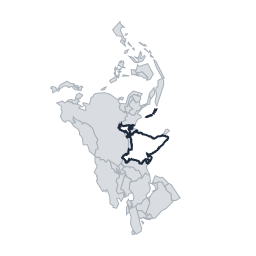 India highlighted on a map of Asia, rotated 243°
{"feature_id": "IND", "entity_name": "India", "entity_type": "country or territory", "adm_level": 0, "iso_a3": "IND", "parent_name": "Asia", "parent_adm1": "", "projection": "albers", "projection_center": [83.514, 21.122], "detail": "fine", "context": "in_parent", "style": "outline", "palette": "slate", "viewbox_px": 256, "rotation_deg": 243, "n_neighbors": 45, "source": "natural_earth", "source_scale": "50m", "svg_char_len": 17442}
<svg xmlns="http://www.w3.org/2000/svg" viewBox="0 0 256 256"><g transform="rotate(243 128 128)"><path d="M117.9,85.9L115.7,87.1L114.9,89.5L112.2,89.0L111.1,91.9L107.6,92.9L108.8,95.9L107.9,97.3L99.3,95.3L98.1,96.6L94.8,96.0L90.9,99.2L88.1,98.1L87.6,94.9L86.0,93.4L81.9,93.3L77.4,89.1L73.7,89.5L72.7,95.7L70.3,93.5L67.8,94.0L68.2,92.3L65.7,88.6L69.7,88.3L70.2,85.7L64.7,85.4L61.8,81.4L64.0,78.5L65.1,79.7L68.6,77.6L74.9,80.5L82.5,81.4L83.0,80.7L81.0,79.3L83.5,78.1L82.7,77.0L83.3,76.5L93.6,75.7L95.9,76.2L96.2,77.7L99.3,78.1L99.2,78.9L103.8,77.7L107.9,83.3L112.4,83.0L117.9,85.9Z" fill="#d9dde1" stroke="#a8b0b8" stroke-width="1"/><path d="M72.7,95.7L73.7,89.5L77.4,89.1L81.9,93.3L86.0,93.4L87.6,94.9L88.1,98.1L90.3,99.2L94.5,96.8L93.6,98.0L97.3,99.4L95.4,100.5L93.7,100.2L93.9,99.0L91.9,99.2L90.5,101.2L89.3,101.0L90.1,103.6L89.1,105.3L76.9,93.9L74.3,95.9L72.7,95.7Z" fill="#d9dde1" stroke="#a8b0b8" stroke-width="1"/><path d="M222.5,158.9L226.4,169.2L224.2,168.5L219.5,170.4L220.9,168.0L218.4,165.5L209.4,165.2L208.5,166.5L205.9,165.0L208.8,163.0L206.1,163.8L202.3,162.7L208.6,160.4L210.4,163.4L212.7,163.8L215.4,159.8L222.5,158.9ZM195.3,178.6L194.8,180.9L192.9,181.5L193.6,179.8L195.3,178.6ZM212.2,170.2L211.6,169.1L212.0,167.7L212.8,168.8L212.2,170.2ZM176.7,160.1L176.0,161.9L180.0,165.2L177.8,165.9L176.4,174.7L164.6,175.0L161.2,169.7L162.1,166.7L164.1,168.6L170.2,166.7L171.6,166.0L172.9,160.6L176.7,160.1ZM198.5,168.2L203.2,166.3L204.3,167.3L198.5,168.2ZM196.8,169.4L195.4,169.4L194.8,168.8L196.7,168.2L196.8,169.4ZM196.0,158.9L197.9,160.2L197.7,163.9L195.5,161.1L196.0,158.9ZM183.4,163.7L191.4,161.5L189.0,164.2L182.5,165.8L182.5,167.2L184.5,168.3L188.7,165.9L185.8,168.9L190.4,173.8L188.6,174.1L189.2,172.6L186.8,173.3L185.1,170.3L183.9,171.1L185.2,175.4L184.0,175.9L181.0,171.6L181.8,166.1L183.4,163.7ZM187.5,182.4L183.8,182.6L185.6,181.8L187.5,182.4ZM185.4,180.9L189.4,179.4L191.0,178.4L190.9,179.3L185.4,180.9ZM181.2,180.7L183.8,181.1L179.2,182.7L181.2,180.7ZM157.3,181.2L170.4,180.9L177.0,182.0L174.8,183.1L156.1,183.0L157.3,181.2ZM151.0,173.1L156.7,176.4L156.8,181.2L154.6,181.5L150.1,179.3L134.6,163.7L138.7,163.8L145.1,168.8L148.8,169.6L151.6,171.6L151.0,173.1Z" fill="#d9dde1" stroke="#a8b0b8" stroke-width="1"/><path d="M195.8,179.4L197.1,177.4L199.7,176.6L195.8,179.4Z" fill="#d9dde1" stroke="#a8b0b8" stroke-width="1"/><path d="M39.9,102.6L37.9,104.6L36.6,108.7L36.5,105.4L38.8,102.6L39.9,102.6Z" fill="#d9dde1" stroke="#a8b0b8" stroke-width="1"/><path d="M41.6,101.3L38.8,102.6L41.5,100.6L41.6,101.3Z" fill="#d9dde1" stroke="#a8b0b8" stroke-width="1"/><path d="M39.1,104.0L37.6,105.5L38.6,103.6L39.1,104.0Z" fill="#d9dde1" stroke="#a8b0b8" stroke-width="1"/><path d="M39.1,104.0L44.4,103.7L44.4,106.0L40.8,106.2L41.8,108.4L38.1,109.8L36.6,108.7L39.1,104.0Z" fill="#d9dde1" stroke="#a8b0b8" stroke-width="1"/><path d="M60.3,124.8L64.2,125.8L68.3,123.5L65.3,129.1L60.5,127.2L60.3,124.8Z" fill="#d9dde1" stroke="#a8b0b8" stroke-width="1"/><path d="M59.2,123.6L59.4,122.3L60.5,121.3L60.7,123.0L59.2,123.6Z" fill="#d9dde1" stroke="#a8b0b8" stroke-width="1"/><path d="M55.8,112.8L56.9,115.9L54.2,114.3L55.8,112.8Z" fill="#d9dde1" stroke="#a8b0b8" stroke-width="1"/><path d="M44.4,106.0L44.4,103.7L48.2,102.8L49.5,99.5L52.1,98.3L54.9,99.4L56.2,102.5L54.5,105.2L56.8,108.6L57.7,113.5L51.4,113.5L44.4,106.0Z" fill="#d9dde1" stroke="#a8b0b8" stroke-width="1"/><path d="M65.7,128.7L68.3,125.0L73.1,130.7L69.2,134.0L68.6,136.3L60.1,139.1L59.1,134.5L64.4,133.6L66.2,130.2L65.7,128.7ZM68.9,122.5L68.1,122.9L68.7,122.3L68.9,122.5Z" fill="#d9dde1" stroke="#a8b0b8" stroke-width="1"/><path d="M146.6,150.3L146.9,146.5L152.3,146.4L153.0,145.1L155.2,146.7L155.3,148.9L152.5,150.7L153.5,151.7L148.6,153.0L146.6,150.3Z" fill="#d9dde1" stroke="#a8b0b8" stroke-width="1"/><path d="M150.8,145.9L146.9,146.5L146.6,150.3L142.0,148.6L141.2,156.3L147.1,161.2L145.4,162.3L139.4,158.1L141.4,151.4L138.3,145.8L139.4,143.7L136.4,139.8L137.7,137.3L140.7,135.7L142.9,137.2L142.9,140.9L146.4,139.0L149.2,140.3L151.1,143.5L150.8,145.9Z" fill="#d9dde1" stroke="#a8b0b8" stroke-width="1"/><path d="M154.6,145.5L150.8,145.9L151.1,143.5L147.7,138.9L142.9,140.9L142.9,137.2L140.7,135.7L143.4,134.0L142.9,131.9L145.8,134.4L147.9,134.2L148.7,135.7L147.3,137.1L154.0,142.4L154.6,145.5Z" fill="#d9dde1" stroke="#a8b0b8" stroke-width="1"/><path d="M140.7,135.7L137.7,137.3L136.4,139.8L139.4,143.7L138.3,145.8L141.4,151.4L139.9,155.2L139.2,149.4L136.3,142.6L133.3,145.1L131.2,144.6L131.2,140.6L127.4,134.7L131.5,125.0L134.6,123.8L134.7,121.6L137.0,122.8L135.9,129.6L137.6,129.2L139.2,131.1L138.9,132.7L142.1,132.8L140.7,135.7Z" fill="#d9dde1" stroke="#a8b0b8" stroke-width="1"/><path d="M150.2,153.0L153.5,151.7L152.5,150.7L155.3,148.9L154.6,143.6L147.3,137.1L148.7,135.7L147.9,134.2L145.8,134.4L143.7,131.5L148.7,129.2L153.7,131.9L150.4,137.0L156.9,143.2L158.5,149.6L152.1,156.2L150.2,153.0Z" fill="#d9dde1" stroke="#a8b0b8" stroke-width="1"/><path d="M179.8,87.3L179.3,90.2L176.7,93.0L178.4,95.1L173.5,96.9L173.9,94.5L172.0,94.0L172.9,92.6L174.8,89.8L176.9,89.9L176.4,89.1L178.6,86.6L179.8,87.3Z" fill="#d9dde1" stroke="#a8b0b8" stroke-width="1"/><path d="M175.7,97.0L178.5,94.6L181.0,97.3L181.3,100.4L177.8,102.6L176.1,98.7L177.1,98.1L175.7,97.0Z" fill="#d9dde1" stroke="#a8b0b8" stroke-width="1"/><path d="M118.5,85.7L124.5,83.1L131.5,84.3L133.3,80.5L140.1,82.8L144.4,81.9L146.8,83.2L149.8,82.9L154.5,80.3L157.7,80.2L157.2,83.9L160.2,82.7L162.9,83.8L154.9,89.2L152.6,89.1L152.1,90.3L153.0,91.4L151.2,93.2L143.7,96.5L137.6,95.4L131.1,95.9L129.4,93.5L123.1,92.1L123.1,89.5L118.5,85.7Z" fill="#d9dde1" stroke="#a8b0b8" stroke-width="1"/><path d="M126.9,130.8L127.6,136.2L125.8,132.4L124.3,132.4L124.0,134.2L121.9,133.9L120.1,129.4L121.5,128.0L120.3,127.1L120.8,125.8L123.1,127.9L127.2,128.2L125.3,131.1L126.3,132.0L126.9,130.8Z" fill="#d9dde1" stroke="#a8b0b8" stroke-width="1"/><path d="M125.8,123.1L126.4,124.8L121.2,124.6L123.0,122.3L125.8,123.1Z" fill="#d9dde1" stroke="#a8b0b8" stroke-width="1"/><path d="M120.0,123.2L120.0,125.9L118.7,125.9L107.2,121.5L109.5,118.6L116.3,122.6L120.0,123.2Z" fill="#d9dde1" stroke="#a8b0b8" stroke-width="1"/><path d="M104.0,109.2L102.5,110.7L97.6,111.0L99.8,114.9L93.8,122.5L91.9,122.2L90.0,124.0L92.1,129.0L87.3,129.8L84.6,126.3L76.6,126.0L77.5,123.9L80.0,123.3L76.8,117.2L79.4,118.5L85.5,118.1L86.7,115.6L90.5,114.9L95.0,106.9L100.1,106.1L101.5,108.4L104.0,109.2Z" fill="#d9dde1" stroke="#a8b0b8" stroke-width="1"/><path d="M84.5,104.8L91.1,105.5L93.7,103.3L95.0,106.5L97.3,105.3L100.1,106.1L94.1,107.6L94.5,109.3L93.2,111.3L91.8,111.2L92.3,112.4L90.5,114.9L86.7,115.6L85.5,118.1L79.4,118.5L76.8,117.2L78.5,115.7L77.1,111.4L78.8,106.8L81.4,107.6L84.5,104.8Z" fill="#d9dde1" stroke="#a8b0b8" stroke-width="1"/><path d="M89.1,105.3L90.1,103.6L89.3,101.0L93.9,99.0L94.3,100.2L91.9,101.3L98.1,101.9L99.8,105.6L95.0,106.5L93.7,103.3L91.1,105.5L89.1,105.3Z" fill="#d9dde1" stroke="#a8b0b8" stroke-width="1"/><path d="M94.5,96.8L98.1,96.6L99.3,95.3L107.9,97.3L98.1,101.9L91.9,101.3L92.1,100.3L97.3,99.4L93.6,98.0L94.5,96.8Z" fill="#d9dde1" stroke="#a8b0b8" stroke-width="1"/><path d="M67.8,94.0L70.3,93.5L71.9,95.6L74.3,95.9L76.9,93.9L87.3,103.6L87.2,104.7L86.1,104.0L80.3,107.6L78.8,106.8L78.9,105.2L73.7,101.7L68.4,102.3L68.9,99.2L67.5,97.0L68.1,95.6L70.8,96.0L69.7,93.7L68.1,95.2L67.8,94.0Z" fill="#d9dde1" stroke="#a8b0b8" stroke-width="1"/><path d="M57.7,113.5L56.8,108.6L54.5,105.2L56.2,102.5L54.5,97.8L54.9,95.3L57.6,97.2L60.7,96.4L61.6,100.2L63.7,101.9L68.2,102.6L72.7,101.3L78.9,105.2L77.1,111.4L78.5,115.7L76.8,117.2L80.0,123.3L77.5,123.9L76.6,126.0L70.2,123.8L69.9,121.4L64.3,120.7L61.5,118.2L60.2,113.6L57.7,113.5Z" fill="#d9dde1" stroke="#a8b0b8" stroke-width="1"/><path d="M39.5,103.5L41.6,101.3L41.2,98.9L43.1,96.9L51.4,98.4L49.5,99.5L48.2,102.8L40.9,104.7L39.5,103.5Z" fill="#d9dde1" stroke="#a8b0b8" stroke-width="1"/><path d="M58.1,97.3L54.7,93.7L54.9,92.3L57.6,93.5L58.1,97.3Z" fill="#d9dde1" stroke="#a8b0b8" stroke-width="1"/><path d="M54.9,99.4L43.1,96.9L41.7,98.3L42.2,96.9L40.2,96.0L32.6,94.7L30.0,92.8L29.6,87.4L34.9,86.1L41.3,86.7L47.5,90.5L53.8,91.1L56.0,95.1L54.9,95.3L54.9,99.4ZM31.0,83.5L33.7,84.2L34.6,85.8L30.3,86.4L31.0,83.5Z" fill="#d9dde1" stroke="#a8b0b8" stroke-width="1"/><path d="M109.4,160.8L109.1,162.7L106.7,163.6L105.6,159.5L106.5,156.6L109.4,160.8Z" fill="#d9dde1" stroke="#a8b0b8" stroke-width="1"/><path d="M157.1,137.7L155.3,135.7L158.7,133.8L158.4,136.5L157.1,137.7ZM98.1,101.9L108.8,95.9L107.6,92.9L111.1,91.9L112.2,89.0L114.9,89.5L115.7,87.1L118.5,85.7L123.1,89.5L123.1,92.1L129.4,93.5L131.1,95.9L137.6,95.4L143.7,96.5L149.6,94.1L153.0,91.4L152.1,90.3L152.6,89.1L154.9,89.2L159.8,85.1L162.9,84.4L160.2,82.7L156.7,83.3L157.7,80.2L161.1,79.1L162.4,75.9L161.4,74.9L163.9,73.2L168.9,72.9L172.4,76.8L174.8,76.7L177.7,78.6L182.7,75.8L181.8,81.9L179.1,83.0L179.8,87.3L178.6,86.6L176.4,89.1L176.9,89.9L174.8,89.8L172.0,94.0L167.8,96.9L168.8,93.9L167.8,93.2L162.8,98.3L166.6,100.3L167.9,98.7L170.3,98.9L170.8,99.7L166.6,104.4L172.1,109.2L171.6,111.2L173.2,112.4L173.3,115.4L170.0,123.2L166.2,127.3L158.3,131.4L158.0,133.5L157.1,133.7L156.8,131.7L152.0,131.6L151.2,129.9L148.7,129.2L142.9,131.9L143.4,134.0L138.9,132.7L139.2,131.1L137.6,129.2L135.9,129.6L137.0,122.8L135.7,121.4L133.0,121.5L132.6,119.6L127.1,122.8L123.0,122.3L121.2,124.2L121.0,122.8L116.3,122.6L105.1,116.5L105.6,111.4L101.5,108.4L98.1,101.9Z" fill="#d9dde1" stroke="#a8b0b8" stroke-width="1"/><path d="M174.2,120.8L174.8,125.4L174.5,127.1L172.8,124.4L174.2,120.8Z" fill="#d9dde1" stroke="#a8b0b8" stroke-width="1"/><path d="M59.2,92.0L60.9,93.6L62.3,92.8L64.3,96.0L63.1,95.8L61.4,98.8L60.7,96.4L58.1,97.3L57.3,95.0L56.9,92.5L59.0,93.4L59.2,92.0ZM57.6,97.2L56.7,96.7L56.0,95.1L57.3,95.8L57.6,97.2Z" fill="#d9dde1" stroke="#a8b0b8" stroke-width="1"/><path d="M50.9,87.1L58.1,90.6L59.3,93.2L52.2,90.8L52.6,88.9L50.9,87.1Z" fill="#d9dde1" stroke="#a8b0b8" stroke-width="1"/><path d="M179.5,144.4L177.3,142.6L179.6,142.8L179.5,144.4ZM183.9,149.4L183.0,146.1L184.0,147.0L184.8,145.0L183.9,149.4ZM187.8,147.0L191.0,150.9L190.9,152.7L189.7,151.1L189.1,152.2L189.8,154.3L187.4,153.8L185.5,151.2L182.8,153.0L184.9,149.7L188.3,148.3L187.8,147.0ZM177.4,148.0L173.8,152.9L176.8,146.6L177.4,148.0ZM178.7,133.2L179.4,140.4L183.4,140.5L184.2,142.6L181.8,141.3L177.7,141.7L178.0,140.4L175.8,139.2L175.9,133.3L178.7,133.2ZM181.6,147.3L180.7,144.7L183.0,144.8L181.6,147.3ZM186.9,142.7L187.9,144.5L186.4,144.4L186.6,146.6L184.6,142.5L186.9,142.7Z" fill="#d9dde1" stroke="#a8b0b8" stroke-width="1"/><path d="M143.3,161.2L148.8,162.3L152.1,169.4L146.4,167.5L143.3,161.2ZM176.7,160.1L172.9,160.6L171.6,166.0L164.1,168.6L162.6,167.8L162.1,166.7L165.0,166.5L165.1,164.9L168.0,163.7L169.8,160.8L172.0,160.7L173.6,155.6L178.6,157.3L176.7,160.1Z" fill="#d9dde1" stroke="#a8b0b8" stroke-width="1"/><path d="M171.8,158.7L172.0,160.7L170.8,161.5L169.8,160.8L171.8,158.7Z" fill="#d9dde1" stroke="#a8b0b8" stroke-width="1"/><path d="M197.2,87.3L197.4,94.9L193.4,97.4L192.0,100.1L190.3,98.5L184.7,101.6L186.6,102.4L186.5,105.7L184.8,106.2L184.7,104.6L182.6,103.3L186.2,98.2L190.6,96.6L191.1,93.1L192.3,93.6L194.4,90.2L193.8,84.9L195.1,84.0L197.2,87.3ZM197.9,78.2L198.6,77.2L199.6,78.8L197.2,82.1L194.7,81.8L194.6,83.8L193.1,84.4L192.3,82.9L193.9,80.8L193.4,77.1L197.9,78.2ZM186.9,101.7L188.7,99.4L190.3,100.0L188.3,102.7L186.9,101.7Z" fill="#d9dde1" stroke="#a8b0b8" stroke-width="1"/><path d="M59.1,134.5L60.1,139.1L58.1,140.7L42.0,142.7L41.7,137.7L44.0,133.8L49.9,136.4L54.1,134.2L59.1,134.5Z" fill="#d9dde1" stroke="#a8b0b8" stroke-width="1"/><path d="M36.5,109.0L40.7,109.0L41.8,108.4L40.8,106.2L44.4,106.0L51.4,113.5L55.6,114.8L58.9,119.9L60.5,127.2L65.7,128.7L66.2,130.2L64.4,133.6L54.1,134.2L49.9,136.4L44.0,133.8L42.5,135.8L38.9,125.3L39.0,120.7L35.3,111.1L36.5,109.0Z" fill="#d9dde1" stroke="#a8b0b8" stroke-width="1"/><path d="M39.4,97.9L36.5,99.0L35.7,97.8L39.4,97.9Z" fill="#d9dde1" stroke="#a8b0b8" stroke-width="1"/><path d="M87.3,129.5L87.6,129.4L88.2,129.4L88.3,128.8L89.6,129.0L90.0,129.2L90.4,129.2L90.5,129.0L91.2,128.8L91.3,128.8L91.3,129.1L91.5,129.2L92.1,128.9L92.0,128.6L92.1,128.4L91.6,127.0L91.6,126.5L91.0,126.4L90.8,126.0L90.9,124.9L89.9,124.4L90.1,123.7L90.7,123.1L91.1,122.4L91.6,122.1L91.9,122.3L92.0,122.7L92.2,122.8L93.9,122.4L94.1,122.1L94.4,121.8L94.8,121.0L95.7,120.6L96.3,119.7L96.6,119.0L97.3,118.7L97.5,118.5L97.5,118.1L98.2,117.3L98.7,117.1L98.5,116.8L98.7,116.3L98.5,115.8L98.6,115.6L99.9,115.0L99.7,114.7L98.9,114.4L98.9,113.9L98.4,113.9L98.4,113.5L97.9,113.1L98.2,112.5L97.9,112.1L98.4,111.8L97.9,111.5L98.0,111.2L97.7,110.9L98.0,110.5L98.5,110.3L100.7,110.9L101.2,110.6L102.0,110.5L102.7,110.1L102.8,109.9L103.9,109.2L104.3,109.3L104.2,109.7L104.7,110.8L105.2,111.0L105.6,111.4L105.6,111.6L105.3,111.9L105.3,112.9L105.8,113.5L105.9,113.9L105.9,114.7L105.5,115.0L105.1,114.5L104.7,114.6L104.8,115.2L105.2,115.7L105.1,116.1L105.3,116.3L105.1,116.6L105.1,116.8L105.5,116.8L105.6,116.7L106.3,117.5L106.8,117.5L107.3,117.9L107.4,118.3L108.2,118.6L108.7,119.0L108.4,119.1L107.7,119.8L107.4,120.4L107.4,120.8L107.2,121.2L107.1,121.5L107.7,121.9L107.9,121.8L110.0,123.3L110.2,123.2L110.9,123.7L111.3,123.6L111.4,123.9L112.3,124.2L112.5,124.0L113.1,124.2L113.6,124.0L114.4,124.3L114.5,124.8L115.2,125.1L115.4,125.3L116.0,125.2L116.2,125.3L116.3,125.6L116.7,125.5L117.8,125.9L118.3,125.7L118.4,125.9L118.8,126.0L119.0,125.9L119.7,125.8L119.9,125.9L120.2,125.3L119.8,124.5L120.1,123.4L120.0,123.1L120.8,122.8L121.1,122.9L121.2,123.2L121.1,123.8L121.3,124.2L121.1,124.4L121.3,124.8L121.7,125.1L122.0,125.0L122.8,125.3L123.3,125.1L123.7,124.9L124.3,125.1L125.2,125.0L125.4,124.8L125.8,124.9L126.4,124.8L126.5,124.7L126.3,124.4L126.5,124.0L126.3,123.7L125.9,123.7L125.6,123.5L125.7,123.2L126.2,123.2L126.4,123.0L127.1,122.9L127.4,122.7L127.4,122.4L127.9,122.0L128.2,121.4L129.0,121.2L129.3,120.9L129.4,120.7L130.3,120.0L130.5,120.3L131.5,120.4L131.7,120.1L132.5,119.6L132.9,120.0L133.0,119.9L132.7,120.3L132.7,120.6L133.2,120.3L133.5,120.8L133.1,121.5L133.6,121.4L133.8,121.5L134.3,121.5L134.7,121.7L134.8,122.2L134.1,122.9L134.6,123.8L134.3,123.7L133.9,123.4L133.1,123.6L131.5,125.0L131.4,125.4L131.5,126.0L131.3,126.6L130.7,127.4L130.7,127.6L131.0,127.9L130.4,129.3L130.2,130.1L129.4,129.9L129.1,130.0L128.8,129.8L129.0,130.5L129.0,131.6L128.9,131.8L128.7,131.8L128.6,132.4L128.7,133.3L128.4,133.7L128.0,133.5L127.8,133.8L127.6,132.5L127.3,132.0L127.1,130.7L126.6,130.7L126.6,131.0L126.3,131.4L126.3,131.9L126.1,132.0L125.9,131.9L125.8,131.6L125.7,131.6L125.7,131.9L125.3,130.9L125.4,130.3L125.6,130.0L126.4,129.7L126.5,129.4L126.8,129.3L126.9,128.4L127.3,128.5L127.3,128.3L126.6,127.9L124.0,128.1L123.0,127.9L122.9,126.7L122.6,126.2L122.5,126.6L122.2,126.6L121.9,126.4L121.6,125.8L121.4,125.9L121.5,126.1L121.3,126.1L121.0,126.1L120.9,125.8L120.5,125.6L120.6,125.9L120.2,126.5L120.1,126.9L120.8,127.5L121.2,127.6L121.5,128.0L121.3,128.1L120.7,128.1L120.5,128.7L120.2,128.7L120.0,129.2L120.3,129.4L121.2,129.8L121.2,130.3L121.0,130.9L121.3,131.4L121.3,131.7L121.6,131.8L121.5,132.1L121.9,133.5L121.9,134.1L121.7,134.1L121.9,134.7L121.7,134.7L121.4,134.8L121.3,134.5L121.4,134.0L121.2,133.8L121.1,134.7L120.9,134.8L120.6,134.5L120.6,134.8L120.4,134.7L120.5,133.8L120.1,133.6L120.0,133.4L120.1,133.6L120.4,133.8L120.1,134.4L119.6,134.7L118.7,135.0L118.3,135.5L118.2,135.8L118.5,136.5L118.1,137.3L117.7,137.5L117.5,137.8L117.3,137.8L117.2,138.0L116.1,138.4L116.0,138.1L115.6,138.3L115.5,138.6L115.8,138.5L114.8,139.5L113.6,141.1L112.9,141.5L112.1,142.3L110.6,143.3L110.5,143.6L110.6,143.9L110.4,144.3L109.6,144.7L108.7,144.7L108.2,145.7L107.9,145.7L107.6,145.5L107.0,145.8L106.6,146.5L106.6,147.0L106.7,148.1L106.6,148.5L106.9,149.9L106.7,149.5L107.0,150.1L106.8,151.4L106.1,152.6L105.9,153.4L105.9,153.6L105.8,153.9L106.0,154.1L106.0,155.7L105.4,155.7L105.0,155.8L104.9,156.2L104.3,157.0L104.4,157.4L105.1,157.7L104.4,157.6L103.3,157.8L102.9,158.2L102.6,159.1L101.6,159.6L100.8,159.2L99.9,158.1L99.5,157.0L99.4,156.2L99.6,156.4L99.6,156.9L99.8,156.9L99.6,156.2L99.4,155.9L99.4,155.7L98.6,153.5L98.3,152.9L97.7,152.2L97.3,151.2L97.1,150.3L97.0,149.2L96.5,147.6L95.8,146.5L95.6,145.9L95.9,145.9L95.6,145.6L95.7,145.4L95.4,145.3L94.9,143.9L94.8,141.7L94.4,139.8L94.7,139.1L94.6,138.9L94.4,139.2L94.4,138.6L94.7,138.6L94.3,138.5L94.4,138.2L94.2,137.6L94.7,136.0L94.6,135.2L94.4,135.1L94.3,134.7L94.5,134.6L94.3,134.6L95.2,134.1L94.2,134.1L94.3,133.8L94.5,133.6L94.2,133.6L94.3,133.3L94.7,133.1L93.7,133.0L93.9,133.2L93.8,133.4L93.4,133.8L93.7,134.0L93.7,134.4L93.3,135.1L91.5,135.7L91.0,135.7L90.6,135.4L89.9,134.8L88.7,133.1L88.3,132.5L88.5,132.3L88.8,132.6L90.4,132.2L91.0,131.4L90.7,131.5L90.4,131.5L89.6,131.8L88.9,131.5L87.9,130.8L87.6,130.1L88.3,129.6L87.3,130.0L87.3,129.5ZM129.1,153.1L128.8,152.5L129.0,151.9L129.0,151.2L129.2,149.7L129.3,149.5L129.5,149.3L129.6,149.6L129.6,149.9L129.3,150.5L129.5,151.2L129.3,151.4L129.4,151.8L129.1,152.2L129.2,152.4L129.1,153.1ZM131.8,161.2L131.7,161.6L131.3,161.2L131.4,160.9L131.6,160.8L131.8,161.2ZM128.9,154.9L128.6,154.9L128.6,154.5L128.8,154.3L129.0,154.6L128.9,154.9ZM130.9,159.6L130.7,159.6L130.6,159.4L130.9,159.6ZM131.0,159.3L130.9,159.4L130.9,159.0L131.0,159.0L131.0,159.3ZM131.4,160.5L131.2,160.6L131.4,160.5L131.4,160.5ZM129.6,157.4L129.4,157.4L129.5,157.2L129.6,157.4ZM129.1,153.3L128.9,153.3L129.0,153.1L129.1,153.3ZM129.6,152.1L129.7,152.4L129.5,152.2L129.6,152.1ZM130.2,158.8L130.3,159.1L130.1,159.0L130.2,158.8Z" fill="none" stroke="#1e293b" stroke-width="2"/></g></svg>